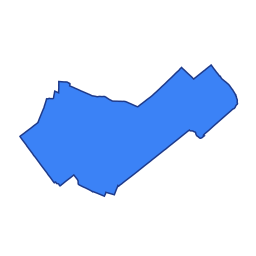 Phuoc Long, Bạc Liêu, Vietnam, rotated 185°
{"feature_id": "81297802B5473399388769", "entity_name": "Phuoc Long", "entity_type": "district", "adm_level": 2, "iso_a3": "VNM", "parent_name": "Vietnam", "parent_adm1": "Bạc Liêu", "projection": "mercator", "projection_center": [105.424, 9.386], "detail": "fine", "context": "isolated", "style": "filled", "palette": "blue", "viewbox_px": 256, "rotation_deg": 185, "n_neighbors": 0, "source": "geoboundaries", "source_scale": "gbopen_adm2", "svg_char_len": 5650}
<svg xmlns="http://www.w3.org/2000/svg" viewBox="0 0 256 256"><g transform="rotate(185 128 128)"><path d="M192.8,168.5L194.8,168.4L196.0,168.3L197.2,168.3L199.5,168.3L200.7,168.3L201.0,168.3L201.0,167.8L200.9,167.2L200.8,166.6L200.8,166.1L200.6,163.5L200.5,163.0L200.3,158.4L200.2,157.0L203.2,158.0L203.7,158.2L204.1,158.4L204.3,157.4L204.4,155.8L204.4,155.4L204.5,155.1L204.6,154.2L204.7,153.1L204.7,152.9L204.8,151.4L204.9,151.2L205.2,150.8L205.3,150.8L205.9,150.6L206.1,150.6L206.7,150.6L207.2,150.6L208.2,150.5L208.4,150.6L208.8,150.6L209.1,150.7L209.5,150.5L210.1,150.1L210.4,150.0L210.5,150.0L210.9,150.0L211.1,150.1L211.3,150.1L211.5,150.1L211.7,149.9L212.0,148.0L212.7,144.8L212.8,144.2L212.9,143.9L213.3,142.3L213.4,141.2L213.4,140.9L213.5,140.8L213.9,139.8L215.8,133.7L216.2,132.4L216.4,131.7L216.5,131.4L216.7,130.8L217.1,129.5L218.1,126.0L218.2,125.9L218.1,125.6L221.3,122.7L222.4,121.7L223.2,120.9L225.0,119.2L229.5,115.2L230.5,114.2L234.6,110.6L234.9,110.2L234.1,109.2L233.7,108.7L233.2,108.2L232.8,107.7L232.4,107.2L231.4,106.1L228.1,102.5L227.3,101.4L226.9,100.9L226.5,100.5L225.6,99.5L224.3,98.0L222.9,96.5L222.1,95.5L221.1,94.5L220.7,93.9L220.2,93.4L219.9,92.9L219.5,92.4L218.3,91.3L216.4,89.2L214.6,87.1L213.4,85.8L213.1,85.4L212.5,84.7L212.1,84.2L211.1,83.1L210.2,82.1L209.3,81.1L204.4,75.7L204.0,75.1L203.5,74.5L202.0,72.9L201.4,72.3L199.4,70.0L198.9,69.4L198.4,68.8L197.3,67.6L196.7,67.0L196.4,67.3L196.1,67.6L195.8,67.8L195.6,67.9L195.2,67.7L194.9,67.3L194.8,67.0L194.6,66.8L194.3,66.5L194.1,66.4L193.2,66.5L192.7,66.4L192.1,66.1L191.9,65.9L191.8,65.7L191.7,65.5L191.5,65.2L191.4,65.0L190.9,64.6L190.7,64.4L190.5,64.5L189.6,65.3L189.3,65.8L188.6,66.3L187.0,67.9L186.3,68.6L184.4,70.4L182.9,71.8L181.3,73.2L178.6,75.8L177.9,76.5L177.3,75.9L176.4,74.9L175.8,74.3L175.1,73.5L174.5,72.9L174.0,72.3L173.4,71.5L173.2,71.1L173.1,70.7L172.8,68.4L172.7,67.9L172.5,67.7L172.4,67.5L172.1,67.3L171.5,67.0L170.8,66.7L169.0,66.0L167.5,65.4L166.6,65.1L165.6,64.8L164.8,64.5L161.5,63.2L159.4,62.3L158.7,62.0L158.5,61.8L157.9,61.6L157.5,61.3L157.2,61.6L155.6,61.1L152.1,60.1L151.3,59.8L150.2,59.5L148.7,59.0L147.4,58.6L145.6,58.0L144.7,60.5L144.5,61.4L144.4,61.8L144.4,62.0L141.3,61.4L140.2,61.2L135.8,60.3L134.6,64.5L134.3,65.6L133.5,68.0L133.0,69.8L132.3,69.2L130.4,71.1L129.7,71.6L128.2,73.1L126.5,74.7L121.6,79.2L120.6,80.1L117.6,82.9L113.5,86.8L111.3,88.9L109.5,90.6L108.5,91.6L105.5,94.4L104.2,95.6L102.5,97.2L101.0,98.7L98.0,101.5L97.0,102.5L96.1,103.3L95.0,104.4L94.0,105.3L89.7,109.4L88.8,110.1L85.5,113.4L83.6,115.2L82.5,116.2L81.4,117.3L77.8,120.7L74.2,124.2L71.7,126.6L71.3,127.0L69.9,128.3L69.1,129.1L67.7,130.4L67.2,130.8L66.7,131.3L66.4,131.0L66.2,130.8L65.9,130.7L65.0,130.6L64.6,130.7L64.1,130.7L63.3,130.7L62.6,130.4L62.3,130.2L61.6,130.0L61.3,129.9L61.1,129.8L60.6,129.6L60.4,129.6L60.3,129.4L60.2,129.1L60.1,128.7L59.9,128.1L59.7,127.6L59.5,127.2L59.2,126.8L58.8,126.3L58.3,125.9L57.9,125.7L57.1,125.3L56.8,125.0L56.4,124.7L55.6,124.2L55.3,124.1L55.1,124.1L54.6,124.2L53.6,124.7L53.3,125.0L52.0,126.2L51.7,126.6L51.3,126.9L52.2,127.4L52.1,127.6L50.9,129.1L47.3,132.7L43.1,137.3L34.3,146.5L25.4,155.8L24.9,156.2L24.3,156.4L23.5,157.2L23.0,158.1L22.8,158.7L22.4,159.8L22.0,160.4L21.2,161.3L21.1,161.6L21.1,161.8L21.1,162.3L21.4,162.8L21.5,163.2L21.5,164.2L21.5,164.9L21.7,165.8L22.0,166.4L22.1,166.7L22.4,167.1L22.9,168.9L22.9,169.0L23.3,169.3L23.5,169.5L23.6,169.8L23.4,170.2L23.4,170.3L23.5,170.4L23.7,170.6L23.9,170.7L24.2,171.1L24.5,171.6L26.2,173.9L26.5,174.2L26.7,174.6L26.8,174.8L27.2,175.3L27.4,175.5L27.6,175.6L27.8,175.9L28.2,176.3L30.7,179.3L31.9,180.4L33.2,181.3L34.4,182.2L36.4,183.5L36.9,183.9L38.3,184.8L38.9,185.3L40.4,187.0L40.5,187.1L40.4,187.3L40.4,187.5L40.5,187.6L40.8,187.7L41.5,187.8L41.6,188.0L43.3,189.9L43.7,190.4L44.2,190.7L46.4,193.2L48.0,194.9L49.5,196.7L50.7,198.0L51.4,197.2L52.2,196.5L53.3,195.5L54.1,194.7L55.5,193.4L56.0,192.8L56.8,192.1L57.7,191.3L65.3,184.0L65.8,183.6L66.8,182.5L67.1,182.7L67.8,183.3L68.7,184.1L69.3,184.6L71.9,186.6L73.2,187.6L74.2,188.4L75.8,189.7L76.3,190.1L77.3,190.9L77.9,191.3L79.4,192.5L79.9,193.0L80.8,192.0L81.5,191.2L81.7,190.8L81.9,190.4L82.8,189.4L83.2,188.9L84.4,187.7L86.1,185.7L86.9,184.7L87.8,183.7L88.6,182.7L89.4,181.8L91.1,179.9L91.9,179.0L92.7,178.1L94.2,176.3L95.4,174.9L96.6,173.6L97.9,172.2L98.5,171.5L99.7,170.1L100.3,169.4L101.6,168.0L102.8,166.6L104.1,165.3L104.6,164.7L105.3,164.0L105.7,163.6L106.1,163.0L107.0,162.1L108.0,161.1L109.0,160.2L111.3,158.2L113.0,156.6L113.8,155.8L114.4,155.3L116.2,153.6L116.8,153.1L117.5,152.5L117.8,152.2L118.3,151.7L119.0,151.1L119.3,150.7L120.1,150.0L120.6,150.1L120.8,150.1L121.2,150.2L122.6,150.7L123.3,150.9L124.9,151.5L125.6,151.7L126.9,152.2L130.1,153.2L130.7,153.5L131.2,153.6L132.1,153.9L132.6,154.1L133.2,154.1L133.9,154.2L134.8,154.2L135.4,154.1L135.9,154.0L137.3,154.0L137.6,154.0L138.1,153.9L139.7,153.8L140.1,153.8L140.6,153.8L141.9,153.7L142.3,153.7L142.7,153.6L143.6,153.6L144.4,153.5L145.6,153.5L146.0,153.5L146.4,153.7L146.8,153.9L147.8,154.3L149.1,154.8L149.7,155.1L150.9,155.8L151.9,156.3L152.5,156.7L153.8,157.2L153.9,157.3L154.1,157.3L154.4,157.3L155.0,157.3L156.6,157.0L157.9,157.0L159.1,157.0L159.5,156.9L160.3,156.7L160.9,156.5L161.4,156.5L161.9,156.5L163.0,156.7L164.2,156.8L165.3,156.9L166.1,156.9L166.4,156.9L169.8,158.2L170.4,158.3L171.6,158.8L171.8,158.8L173.0,159.2L173.6,159.4L174.1,159.6L175.8,160.1L176.4,160.4L177.1,160.5L180.3,161.7L182.9,162.6L183.9,162.9L184.2,163.0L184.7,163.2L185.2,163.4L185.8,163.6L189.8,164.9L189.7,166.1L189.6,166.5L189.6,166.8L189.7,167.0L190.3,167.2L190.2,167.4L191.9,168.1L192.8,168.5Z" fill="#3b82f6" stroke="#1e3a8a" stroke-width="1.5"/></g></svg>